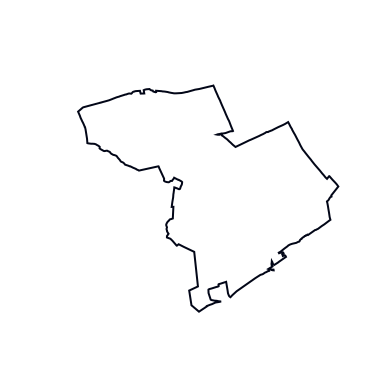 Hanesti, Botosani, Romania, rotated 295°
{"feature_id": "2599482B45737492982301", "entity_name": "Hanesti", "entity_type": "district", "adm_level": 2, "iso_a3": "ROU", "parent_name": "Romania", "parent_adm1": "Botosani", "projection": "orthographic", "projection_center": [27.009, 47.93], "detail": "fine", "context": "isolated", "style": "outline", "palette": "ink", "viewbox_px": 384, "rotation_deg": 295, "n_neighbors": 0, "source": "geoboundaries", "source_scale": "gbopen_adm2", "svg_char_len": 5999}
<svg xmlns="http://www.w3.org/2000/svg" viewBox="0 0 384 384"><g transform="rotate(295 192 192)"><path d="M258.8,322.3L260.1,320.0L261.1,317.7L262.5,314.1L263.6,311.6L264.2,310.3L264.4,309.8L264.3,309.6L261.0,308.8L261.7,306.7L261.9,306.3L263.0,304.1L263.8,302.2L265.5,298.8L265.8,298.1L268.8,291.4L269.9,289.2L270.9,287.2L271.5,286.2L273.1,282.8L273.7,281.6L275.6,277.8L276.0,277.1L277.4,274.2L280.1,270.5L282.1,268.1L282.7,267.3L284.1,265.4L287.3,261.3L288.6,259.4L290.8,256.4L291.2,256.1L292.8,253.7L294.5,251.6L296.0,249.6L292.9,247.5L291.0,246.0L287.3,242.8L283.9,240.1L281.4,238.2L280.7,237.4L280.3,237.1L279.3,236.1L278.4,235.5L278.2,235.0L278.1,234.6L277.9,234.4L277.6,234.0L276.2,233.2L275.2,232.4L274.6,232.0L273.8,231.3L273.0,230.6L271.2,229.2L264.0,223.0L263.2,222.2L257.9,217.9L251.2,212.4L252.1,208.9L253.2,205.8L253.5,204.6L254.6,201.5L255.2,198.6L255.7,196.8L255.8,196.0L255.9,195.2L256.4,195.0L256.7,194.7L256.9,194.5L256.9,194.3L256.8,193.9L256.6,193.6L256.2,193.3L255.6,192.9L254.8,191.2L254.6,190.4L255.4,191.2L256.0,192.2L257.6,194.2L258.0,195.2L259.6,197.5L260.6,198.5L262.8,200.7L263.3,201.3L263.6,201.8L264.2,203.0L264.4,203.3L264.6,203.4L268.1,199.6L272.0,195.6L273.5,193.6L274.4,192.6L277.0,189.6L278.6,187.9L283.4,182.4L286.2,179.3L286.6,179.0L288.0,177.2L289.6,175.2L290.4,174.4L293.5,170.8L294.5,169.7L295.6,168.6L297.5,166.4L297.1,166.0L294.3,162.4L293.1,160.9L289.5,156.4L288.4,155.0L286.9,152.8L286.1,151.6L284.6,149.9L283.4,148.5L282.8,147.8L280.7,145.4L280.0,144.3L278.6,142.5L277.3,140.7L274.4,135.3L273.8,133.9L273.0,131.0L272.6,129.3L272.4,128.4L272.4,128.0L271.4,124.5L271.1,123.8L270.8,123.1L270.5,121.8L268.6,116.7L267.4,117.3L267.3,117.2L267.0,116.8L266.7,114.4L266.8,114.2L267.1,113.8L267.3,113.5L266.9,112.2L267.2,110.0L267.3,109.9L265.9,107.4L265.3,106.6L264.6,105.8L263.9,105.2L261.1,107.1L259.5,103.9L260.5,103.0L261.7,102.1L260.0,99.0L259.3,97.8L258.8,97.5L258.3,96.7L257.7,96.2L257.3,96.0L256.4,95.8L255.5,95.5L255.3,95.2L255.2,94.5L254.9,93.8L254.5,93.1L254.1,92.6L252.4,90.9L252.1,90.3L251.3,89.5L248.3,86.2L247.8,85.8L245.9,83.6L244.5,82.3L243.5,81.3L242.6,80.5L240.1,78.1L238.7,76.5L223.0,57.9L222.6,57.5L222.3,57.3L216.7,54.8L213.5,58.4L212.4,59.4L211.4,60.6L209.7,62.6L208.4,64.3L205.9,67.1L205.6,67.3L205.6,67.6L203.7,69.1L196.0,74.3L192.1,76.5L192.2,77.3L192.8,79.2L193.2,80.4L193.7,81.4L194.1,82.5L194.4,83.2L194.5,84.0L194.6,84.6L194.4,86.4L194.4,87.0L194.2,88.3L194.1,88.8L194.0,89.1L193.9,89.3L192.5,89.8L192.2,90.8L192.0,93.4L191.9,94.5L192.0,95.1L192.4,95.9L192.9,96.5L193.2,96.9L193.4,97.4L193.6,97.8L193.6,98.1L193.5,98.6L193.6,100.4L193.5,100.7L192.8,101.9L192.5,103.0L192.5,103.9L192.4,104.6L192.4,105.0L192.7,106.2L192.8,107.5L192.8,108.1L192.7,108.5L192.5,109.0L191.8,110.1L190.6,112.9L189.8,114.2L189.6,114.6L189.5,115.0L189.5,115.3L189.6,116.3L189.6,116.9L189.3,118.2L189.0,118.8L188.7,119.5L188.5,119.8L188.9,123.0L189.0,125.1L189.2,125.3L189.1,128.1L189.2,130.7L189.2,131.6L189.0,132.2L189.1,133.8L189.0,134.9L200.1,149.4L201.1,150.7L201.1,150.9L199.8,152.2L192.3,161.1L190.5,161.8L190.3,162.0L190.2,162.4L190.1,163.2L190.2,164.0L190.3,164.8L190.6,165.7L190.8,166.3L191.0,166.8L191.3,167.1L191.8,167.4L192.4,167.6L193.0,168.0L193.6,169.2L195.1,169.4L195.6,169.6L196.6,169.8L197.4,169.8L197.3,171.9L197.2,174.4L197.4,174.6L197.4,175.0L197.3,175.7L197.3,176.5L197.1,178.2L196.8,178.9L195.3,179.4L194.3,179.6L192.1,179.5L190.9,179.7L189.8,179.8L189.5,179.6L189.1,179.2L189.0,178.7L189.0,177.1L188.9,176.1L188.8,174.4L188.7,174.0L187.4,174.5L184.4,175.4L183.2,175.8L182.3,176.0L179.1,177.2L174.7,178.4L169.9,179.9L170.7,181.4L159.9,185.8L158.8,184.7L158.0,183.7L157.6,183.4L156.5,183.2L154.7,182.5L152.9,182.3L151.6,182.4L151.2,182.6L150.7,182.9L149.6,184.1L149.3,184.3L147.9,184.5L147.2,184.9L146.4,185.7L145.8,186.0L145.0,187.1L144.2,188.4L143.2,188.1L142.5,188.2L141.5,187.9L140.2,188.5L140.3,190.0L140.5,191.8L140.4,192.5L139.5,195.0L136.9,200.8L137.0,201.0L137.8,201.4L139.0,202.0L138.8,207.7L138.7,219.3L108.9,237.3L101.5,231.1L89.1,239.4L86.5,248.9L95.1,254.1L95.2,253.9L97.6,256.2L98.8,257.5L101.2,259.5L101.9,260.2L103.7,262.9L105.1,264.7L104.8,263.9L104.2,262.1L103.9,260.6L103.0,258.2L102.7,256.9L102.3,255.3L102.3,254.7L102.4,254.4L107.3,249.8L107.8,249.5L108.6,249.1L110.3,248.2L110.6,248.2L111.4,248.8L112.8,250.5L116.2,254.2L116.8,255.0L117.7,255.9L117.9,256.0L118.0,256.0L119.3,255.1L119.6,255.1L120.0,255.4L120.8,256.4L125.0,260.9L123.7,261.8L117.9,265.8L115.6,267.3L115.1,267.7L114.5,268.4L113.7,269.2L113.3,269.8L113.1,270.3L112.9,271.3L115.6,272.2L120.9,274.4L140.7,285.8L145.6,288.9L145.9,289.1L147.1,290.5L147.8,291.1L149.6,292.1L150.2,292.6L151.0,293.4L151.6,293.7L151.9,293.9L153.0,295.1L154.0,294.0L154.2,293.9L154.5,294.1L154.8,294.7L154.9,294.9L154.7,295.4L154.9,296.1L154.9,297.0L155.0,297.4L155.4,297.9L155.2,298.3L155.5,299.1L156.1,298.7L155.6,297.6L155.4,297.0L155.3,296.4L155.2,295.2L154.9,294.0L158.5,296.4L158.7,296.1L159.4,295.0L161.0,294.2L161.7,294.1L163.0,293.6L162.5,294.3L161.3,295.5L160.6,296.2L160.6,296.4L160.8,296.8L160.8,297.1L160.7,297.4L164.3,299.7L165.7,300.4L171.4,303.7L172.9,304.6L173.7,303.6L173.8,303.4L173.8,303.1L173.5,302.4L172.4,301.4L172.9,301.0L173.6,300.1L173.9,300.1L174.4,300.3L175.0,301.0L175.5,300.5L175.7,300.1L174.8,298.5L174.2,297.7L173.3,296.8L173.7,296.3L175.2,297.4L179.7,299.6L183.2,301.5L184.3,301.9L186.0,303.2L187.5,304.8L189.9,307.9L191.9,309.5L192.1,309.9L192.5,310.2L193.2,310.3L194.1,310.2L195.7,310.8L195.8,311.1L196.1,311.2L196.3,311.1L197.6,311.6L198.4,312.3L199.1,312.5L199.4,312.6L199.7,312.7L200.1,313.2L200.2,313.5L200.8,313.5L201.2,314.0L201.7,314.5L202.1,314.6L202.0,315.3L209.5,319.6L210.2,320.5L210.6,320.7L211.9,321.8L216.0,324.0L218.6,325.6L223.9,328.4L225.3,329.2L226.1,328.5L227.4,327.4L231.2,324.9L233.5,323.3L236.9,321.0L239.4,319.2L240.4,318.3L240.6,318.3L241.7,318.9L242.3,319.1L244.5,319.3L245.7,319.5L246.2,319.9L246.8,320.4L247.0,320.3L247.6,319.7L247.9,319.7L258.8,322.3Z" fill="none" stroke="#020617" stroke-width="2"/></g></svg>